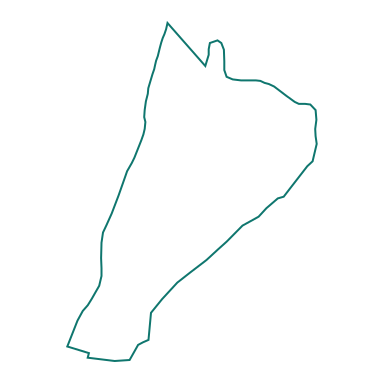 the district of Kabong, Sarawak, Malaysia
{"feature_id": "92858781B82406813204277", "entity_name": "Kabong", "entity_type": "district", "adm_level": 2, "iso_a3": "MYS", "parent_name": "Malaysia", "parent_adm1": "Sarawak", "projection": "equal_earth", "projection_center": [111.235, 1.885], "detail": "fine", "context": "isolated", "style": "outline", "palette": "teal", "viewbox_px": 384, "rotation_deg": 0, "n_neighbors": 0, "source": "geoboundaries", "source_scale": "gbopen_adm2", "svg_char_len": 1178}
<svg xmlns="http://www.w3.org/2000/svg" viewBox="0 0 384 384"><path d="M148.5,339.9L151.0,312.8L162.2,299.0L177.3,282.6L190.7,272.1L206.5,260.0L217.9,249.5L226.7,241.6L242.5,225.6L258.6,216.7L266.4,208.2L277.8,198.4L283.7,196.7L290.0,188.5L307.3,166.2L312.6,161.3L316.7,143.9L315.6,136.2L315.2,129.0L316.4,119.8L315.6,110.1L310.3,104.5L305.3,103.9L298.9,103.9L294.7,101.9L286.3,95.8L274.1,86.5L268.8,84.0L264.6,82.9L260.4,80.9L255.9,80.4L246.4,80.4L241.0,80.4L232.7,79.4L226.6,76.8L224.3,70.1L224.3,61.4L223.9,49.7L221.3,43.0L217.5,40.4L209.9,43.0L208.7,49.2L208.7,54.8L205.3,66.0L167.5,23.0L166.1,29.2L164.4,34.2L162.7,38.1L161.2,42.7L159.8,47.9L157.8,56.1L156.1,60.7L155.1,65.0L154.2,69.2L152.5,74.1L148.3,88.2L147.8,93.8L145.9,101.3L144.7,109.9L144.2,117.1L145.4,122.0L144.7,128.9L143.4,134.4L141.3,140.3L134.4,157.7L131.8,163.0L127.1,171.2L125.4,176.1L118.6,195.4L111.7,213.5L106.4,225.3L103.0,232.5L101.5,242.7L101.1,258.1L101.5,268.3L101.5,276.0L99.2,285.8L95.7,291.9L91.9,298.6L87.8,305.2L82.8,310.9L77.5,320.6L67.3,346.5L88.9,353.1L87.7,357.7L114.7,361.0L129.6,360.0L134.4,351.5L138.1,344.9L143.0,342.3L148.5,339.9Z" fill="none" stroke="#0f766e" stroke-width="2"/></svg>